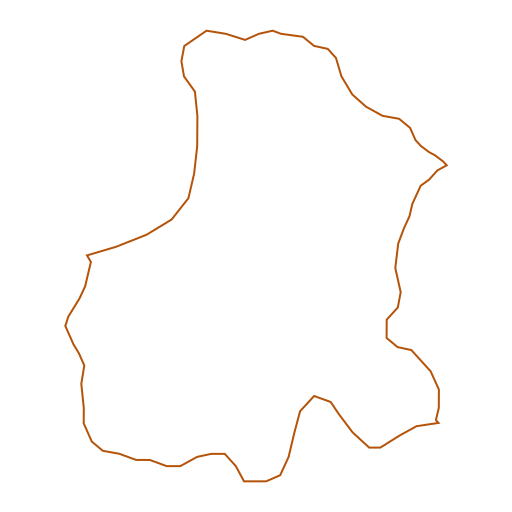 Jonchon, Chagang-do, North Korea (Albers equal-area conic projection)
{"feature_id": "82179303B33919717050875", "entity_name": "Jonchon", "entity_type": "district", "adm_level": 2, "iso_a3": "PRK", "parent_name": "North Korea", "parent_adm1": "Chagang-do", "projection": "albers", "projection_center": [126.339, 40.546], "detail": "fine", "context": "isolated", "style": "outline", "palette": "amber", "viewbox_px": 512, "rotation_deg": 0, "n_neighbors": 0, "source": "geoboundaries", "source_scale": "gbopen_adm2", "svg_char_len": 1212}
<svg xmlns="http://www.w3.org/2000/svg" viewBox="0 0 512 512"><path d="M327.8,48.9L314.0,45.9L303.0,36.8L281.0,33.8L272.7,30.7L258.9,33.8L245.1,39.9L225.8,33.8L206.5,30.7L184.3,46.0L181.4,61.2L184.0,76.4L194.9,91.6L197.4,116.0L197.2,146.4L194.1,173.8L188.4,198.2L171.6,219.5L146.6,234.7L116.0,246.8L87.0,255.4L90.9,262.0L85.1,286.4L79.5,298.5L68.2,316.8L67.5,319.1L65.3,325.9L73.4,344.2L78.9,353.3L84.3,365.5L81.3,383.8L83.8,408.1L83.7,423.3L91.8,441.6L102.8,450.8L119.4,453.8L136.0,459.9L149.9,460.0L166.5,466.1L180.3,466.1L197.1,456.9L211.0,453.9L224.8,453.9L235.8,466.1L244.0,481.3L255.1,481.3L266.2,481.3L280.2,475.2L288.6,456.9L294.4,432.5L300.1,411.2L314.1,396.0L330.7,402.0L338.9,414.2L352.6,432.4L369.2,447.6L380.3,447.6L399.8,435.4L416.5,426.2L438.5,422.9L435.9,420.1L438.8,407.9L438.9,389.6L430.7,371.4L411.4,350.1L397.6,347.1L386.6,338.0L386.7,319.7L397.8,307.5L400.7,292.3L398.0,280.1L395.3,268.0L398.2,243.6L403.9,228.4L409.5,216.2L412.3,204.0L420.7,185.7L429.1,179.6L437.4,170.4L446.7,165.3L443.0,161.3L434.8,155.2L429.2,152.2L421.0,146.1L415.5,140.1L410.1,127.9L399.1,118.8L382.5,115.8L366.0,106.7L352.3,94.5L341.4,76.3L336.0,58.0L327.8,48.9Z" fill="none" stroke="#b45309" stroke-width="2"/></svg>